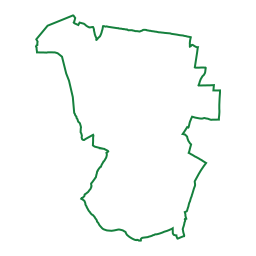 Chiesd, Satu Mare, Romania (Albers equal-area conic projection)
{"feature_id": "2599482B13011976625208", "entity_name": "Chiesd", "entity_type": "district", "adm_level": 2, "iso_a3": "ROU", "parent_name": "Romania", "parent_adm1": "Satu Mare", "projection": "albers", "projection_center": [22.885, 47.378], "detail": "fine", "context": "isolated", "style": "outline", "palette": "green", "viewbox_px": 256, "rotation_deg": 0, "n_neighbors": 0, "source": "geoboundaries", "source_scale": "gbopen_adm2", "svg_char_len": 5755}
<svg xmlns="http://www.w3.org/2000/svg" viewBox="0 0 256 256"><path d="M185.0,221.3L185.2,220.3L184.8,219.4L184.9,219.0L185.1,218.9L186.1,218.9L186.3,218.8L185.6,216.6L185.4,215.5L185.4,214.3L185.2,213.6L185.0,212.9L184.9,212.4L184.8,212.1L186.3,211.5L186.6,211.4L186.8,211.2L187.2,210.3L187.4,209.4L188.0,207.5L188.4,206.5L188.5,205.9L188.8,204.5L189.3,202.7L189.5,202.3L190.0,201.3L190.2,200.4L190.9,198.0L191.6,196.4L192.0,194.7L192.3,194.0L194.0,188.3L194.4,187.3L194.6,186.7L194.9,186.0L195.1,185.0L195.0,183.7L194.7,181.6L194.8,181.2L198.9,173.7L201.0,170.2L203.7,166.2L206.1,163.0L202.2,160.6L201.8,160.2L200.2,159.4L199.0,158.6L195.9,156.9L195.3,156.7L192.6,155.0L192.1,154.7L191.5,154.5L189.6,153.3L188.7,152.9L189.3,151.2L189.8,149.1L191.1,144.4L189.9,143.2L189.1,141.9L188.4,140.9L187.8,139.3L187.4,138.1L187.1,136.6L186.6,136.1L185.6,135.1L185.2,134.6L184.3,134.5L183.9,134.2L182.7,134.0L184.1,132.0L187.2,127.1L188.3,127.6L188.5,127.4L188.7,126.7L189.2,124.8L189.7,122.6L190.1,121.3L190.5,120.5L191.1,118.9L192.1,116.7L195.2,117.6L200.0,118.5L201.9,118.6L202.6,118.5L203.9,118.1L204.4,118.0L205.1,118.2L206.3,118.5L207.8,118.7L209.1,119.2L210.6,119.7L211.4,119.8L212.4,119.7L218.9,119.6L218.9,118.0L219.2,115.2L219.4,112.2L219.4,110.7L219.3,108.7L219.3,104.9L219.6,98.1L220.0,92.5L220.0,90.4L216.7,90.5L213.4,90.4L213.9,85.1L210.2,85.3L198.6,85.5L198.5,85.4L199.4,83.1L199.5,82.7L199.7,81.9L200.7,79.2L202.4,76.3L203.1,75.6L203.8,75.0L204.0,74.7L204.9,73.1L205.2,72.0L205.5,69.4L205.7,68.3L205.7,67.8L205.5,67.6L205.3,67.6L201.6,67.5L198.4,67.7L195.9,67.7L195.0,67.5L194.8,67.4L195.2,64.9L197.1,52.6L197.7,48.0L197.9,47.2L196.8,47.2L195.8,46.8L194.5,46.1L193.0,45.1L192.5,44.9L192.0,44.9L191.6,45.1L191.1,45.8L190.4,46.4L189.9,46.6L189.8,46.2L189.9,45.3L189.8,43.4L189.9,42.1L190.1,40.4L190.5,38.4L190.8,37.3L190.8,37.2L189.9,37.0L187.1,36.5L186.2,36.2L183.9,35.8L183.1,35.5L179.9,35.2L176.8,34.6L171.3,33.8L170.3,33.4L164.6,32.9L163.3,32.7L161.2,32.5L159.9,32.3L158.8,32.3L156.1,31.7L155.3,31.7L154.0,31.4L151.5,31.1L150.5,30.8L149.6,30.8L148.9,30.6L147.6,30.4L146.9,30.3L146.4,30.0L145.7,29.9L143.9,29.8L142.9,30.0L142.5,30.4L141.8,30.7L140.1,31.3L139.8,31.5L139.4,31.5L136.9,31.1L135.2,31.1L133.7,30.6L133.1,30.6L132.0,30.2L129.7,30.2L128.5,30.3L128.0,30.1L127.2,29.5L126.5,29.6L126.2,29.4L125.9,29.5L124.2,29.1L123.8,29.2L123.4,29.0L122.4,29.0L121.5,28.7L120.6,28.7L120.3,28.6L119.1,28.5L118.6,28.4L118.1,28.1L117.5,28.2L112.1,27.4L108.2,26.8L106.6,26.4L105.6,26.6L105.3,26.6L104.2,26.2L103.3,26.1L103.1,26.1L103.0,26.3L102.5,29.2L101.8,31.4L101.6,32.4L101.0,34.1L100.1,36.1L99.8,36.5L97.7,38.4L97.5,38.9L96.9,39.4L96.1,40.5L96.4,38.9L96.4,38.2L96.1,37.5L95.5,36.3L94.8,34.3L94.6,33.1L94.3,31.9L94.0,30.5L93.9,30.2L94.0,29.5L93.9,29.2L93.3,27.5L93.0,27.0L92.8,27.0L92.5,27.0L90.0,27.4L89.2,27.4L88.7,27.0L88.2,26.9L86.5,25.9L84.7,24.3L83.8,23.7L79.6,22.6L78.3,25.0L74.7,23.4L73.9,22.8L73.7,22.5L74.2,21.7L74.4,21.1L74.4,20.7L74.7,20.1L74.9,19.1L75.1,18.4L75.2,18.0L73.5,15.6L73.0,15.4L63.2,19.4L47.6,25.7L36.3,39.3L37.6,41.6L37.5,42.3L37.3,43.0L37.4,44.2L37.3,45.1L36.6,45.3L36.0,46.5L36.2,47.0L36.6,47.6L36.6,49.1L36.9,51.0L37.0,52.4L43.9,52.5L46.6,52.6L48.0,52.3L54.8,52.4L57.6,53.2L62.0,56.7L66.2,73.5L69.0,80.7L72.8,97.1L74.2,112.9L74.9,114.0L75.0,114.5L75.3,115.3L76.4,116.7L76.4,117.0L76.5,117.6L76.6,118.1L77.4,119.1L77.7,120.0L77.9,120.9L78.1,121.3L78.4,121.9L79.1,122.4L79.5,122.9L79.9,123.3L80.5,125.4L80.8,126.4L81.0,127.5L80.8,128.1L80.6,132.2L81.3,133.5L81.9,135.8L81.6,137.5L82.2,139.3L83.1,139.9L84.1,140.0L85.7,138.9L93.1,134.8L93.4,135.4L93.1,137.8L93.1,140.9L92.9,145.4L94.6,146.6L99.2,147.8L100.9,148.2L100.7,148.4L104.3,148.9L105.2,149.5L106.9,150.3L108.0,151.0L108.2,151.5L106.4,152.9L106.8,153.8L106.8,154.7L106.8,155.2L106.2,157.5L105.9,158.1L105.4,158.8L105.1,159.5L104.2,160.9L103.7,161.5L103.4,161.6L103.3,162.0L101.8,164.5L101.2,165.9L101.1,166.3L101.0,166.7L100.3,167.0L99.7,167.6L99.3,168.3L98.9,168.6L98.6,169.1L98.5,169.3L97.8,170.3L97.8,170.8L97.3,171.2L97.0,172.1L96.9,172.8L96.8,173.6L96.4,174.6L96.3,175.4L96.1,176.0L96.0,176.5L95.8,177.4L95.6,177.6L95.1,178.1L95.0,178.4L94.0,179.8L92.1,182.4L91.3,183.3L91.1,183.6L91.1,183.9L91.3,185.3L91.5,185.7L91.5,186.1L91.2,186.6L91.3,187.0L91.2,187.3L90.3,189.2L89.6,189.9L88.1,192.0L87.0,192.8L86.5,193.3L85.0,194.2L84.6,194.6L84.5,195.8L84.1,196.4L83.0,197.4L82.4,198.0L81.7,198.0L81.2,198.8L81.5,199.0L82.3,199.3L84.1,200.6L84.5,201.1L85.1,202.6L85.4,203.7L85.4,204.3L85.5,204.7L86.0,205.6L86.6,206.5L86.8,207.4L87.4,208.3L88.5,210.4L89.3,211.5L89.7,211.8L90.6,213.2L91.4,214.1L92.1,214.7L93.1,215.2L93.5,215.7L94.3,216.7L94.7,217.1L95.3,218.3L96.2,219.4L96.7,220.2L96.9,220.8L97.0,221.5L97.3,221.9L98.0,222.6L98.3,223.0L98.9,224.2L99.6,225.4L102.1,228.2L102.8,228.8L103.3,229.1L103.9,229.4L106.8,230.4L107.8,230.5L111.6,230.8L114.3,230.4L118.0,229.6L118.7,229.5L119.7,229.6L121.4,230.0L122.5,230.3L123.4,230.7L124.4,231.4L125.1,231.7L125.6,232.1L125.8,232.8L126.4,234.0L127.1,235.0L129.3,236.8L130.7,237.7L132.2,238.6L133.8,239.4L135.4,240.0L136.8,240.1L137.1,239.8L138.5,240.2L138.9,240.6L140.8,240.6L140.9,240.3L140.7,239.8L141.1,238.7L142.1,237.9L143.0,237.7L147.8,237.1L148.7,236.7L150.7,236.2L151.8,235.8L152.3,235.6L152.7,235.3L154.2,234.9L154.8,234.5L155.7,234.3L156.6,234.3L157.6,234.1L159.7,233.5L162.8,232.4L163.3,232.1L164.6,231.6L167.0,230.9L169.5,229.9L170.5,229.4L171.6,229.0L172.7,228.3L172.8,233.2L173.2,234.1L173.7,234.8L175.4,235.3L176.4,235.4L176.4,236.1L177.2,238.1L177.5,238.6L177.8,238.6L180.8,237.3L183.8,236.1L184.1,236.1L184.2,235.6L184.1,234.9L183.8,234.0L183.4,232.7L183.1,231.2L183.0,230.3L182.7,229.2L183.1,227.8L183.8,225.7L184.0,224.9L184.2,224.2L184.5,222.4L185.0,221.3Z" fill="none" stroke="#15803d" stroke-width="2"/></svg>